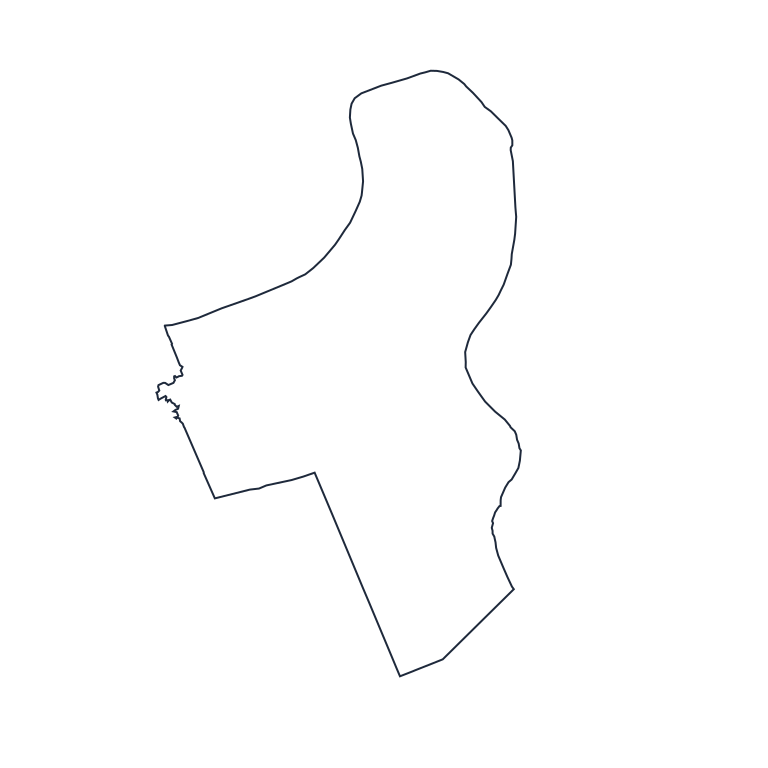 Sabach Sanjar, North Bank, Gambia, rotated 247°
{"feature_id": "56634734B86795933582352", "entity_name": "Sabach Sanjar", "entity_type": "district", "adm_level": 2, "iso_a3": "GMB", "parent_name": "Gambia", "parent_adm1": "North Bank", "projection": "albers", "projection_center": [-15.427, 13.542], "detail": "fine", "context": "isolated", "style": "outline", "palette": "slate", "viewbox_px": 768, "rotation_deg": 247, "n_neighbors": 0, "source": "geoboundaries", "source_scale": "gbopen_adm2", "svg_char_len": 2902}
<svg xmlns="http://www.w3.org/2000/svg" viewBox="0 0 768 768"><g transform="rotate(247 384 384)"><path d="M144.4,423.3L147.5,422.6L158.1,422.2L167.5,422.1L175.5,422.1L175.8,422.1L181.5,422.1L189.4,423.2L194.7,424.8L198.5,425.5L200.4,425.9L203.8,425.5L206.5,426.6L209.5,427.0L211.4,428.5L213.3,430.0L215.6,430.0L218.2,432.3L218.7,432.8L219.7,433.8L222.4,436.1L223.9,438.4L225.0,439.9L226.5,442.6L226.2,443.7L231.5,446.0L234.1,447.5L241.3,455.1L245.0,460.3L246.2,464.2L250.4,469.9L254.2,474.9L260.3,479.1L269.4,484.0L272.0,483.6L276.5,484.7L280.7,484.7L285.6,485.9L289.4,485.9L294.7,483.6L296.2,483.6L304.1,481.3L315.1,475.5L328.3,470.2L333.6,469.0L340.4,467.5L349.9,465.6L360.1,465.6L367.3,465.6L372.2,467.8L381.7,471.2L386.2,474.8L389.6,477.5L395.3,482.8L399.1,488.5L403.3,495.4L408.9,505.6L410.4,508.1L413.1,512.5L417.7,519.7L421.1,524.3L424.5,528.1L428.7,533.0L437.0,540.6L444.2,547.4L449.1,550.1L453.7,552.4L465.8,560.3L471.1,563.4L486.2,571.0L489.9,572.2L495.3,574.0L538.8,589.7L549.8,592.0L552.1,593.1L553.6,595.4L558.1,597.3L560.8,597.7L569.1,597.7L574.0,596.9L583.1,593.1L593.3,588.9L599.7,585.0L605.4,583.9L617.1,579.7L625.8,575.9L628.8,575.1L631.4,573.7L635.2,571.7L645.0,564.4L648.1,560.4L651.5,555.1L654.1,549.4L654.8,543.6L655.6,538.7L656.3,524.6L658.2,509.0L659.7,498.0L660.4,476.7L658.5,468.7L654.7,463.7L649.8,460.3L645.2,458.0L642.6,456.7L636.5,455.2L626.7,453.3L622.5,453.3L619.5,453.3L611.6,452.2L603.2,450.3L597.6,449.5L590.4,448.0L578.7,443.9L569.0,438.6L566.2,437.0L561.2,432.9L554.4,425.6L545.7,415.8L541.1,408.2L534.7,398.7L532.3,394.9L531.3,393.3L523.7,378.3L518.4,364.2L515.7,354.3L515.5,348.0L515.3,344.8L514.6,339.1L514.6,334.4L514.8,310.8L514.9,299.9L515.3,292.3L517.1,264.1L517.4,238.6L518.9,227.2L521.1,212.0L523.4,205.1L523.2,204.9L513.0,204.1L511.6,204.5L503.8,204.6L503.3,203.9L489.2,203.7L484.3,203.5L484.2,203.5L481.0,203.5L478.5,205.2L477.7,204.4L475.8,202.1L471.1,202.1L470.5,201.2L471.3,198.3L471.1,196.8L471.1,195.5L473.0,194.7L473.0,193.8L471.1,193.0L469.2,193.0L467.3,190.6L467.3,186.8L467.3,185.1L470.5,183.0L471.3,181.3L471.1,176.0L469.8,175.0L465.8,174.6L465.0,172.9L465.0,171.2L462.7,171.2L459.1,170.3L457.4,170.3L457.8,172.4L458.3,178.2L457.0,178.6L454.7,176.9L454.1,176.9L453.6,178.6L452.4,178.2L453.2,180.3L453.2,181.1L451.0,181.3L449.9,181.4L447.3,183.5L446.5,183.3L444.0,184.3L444.0,186.5L441.7,184.8L441.6,181.8L441.0,179.5L439.1,182.2L435.3,182.2L434.5,181.2L434.9,178.4L433.4,179.3L434.1,180.1L432.2,182.4L429.4,181.8L427.6,182.7L426.1,183.3L422.5,183.1L421.9,183.3L406.6,183.4L373.2,183.6L372.4,183.2L344.8,183.6L339.2,219.3L336.6,228.1L336.6,233.1L336.6,236.1L331.7,261.4L330.3,273.6L329.5,285.5L283.7,285.4L205.0,284.9L188.3,284.9L130.4,284.6L117.3,284.5L111.7,284.5L108.8,284.5L108.7,284.5L108.3,298.4L108.3,300.4L108.2,304.8L107.8,320.6L107.6,330.5L116.5,352.9L128.6,383.4L144.4,423.3Z" fill="none" stroke="#1e293b" stroke-width="2"/></g></svg>